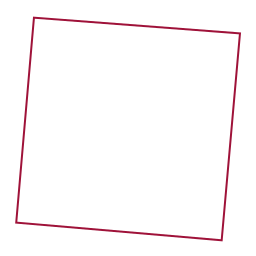 the district of King, Texas, United States of America, rotated 275°
{"feature_id": "52423323B16867264390271", "entity_name": "King", "entity_type": "district", "adm_level": 2, "iso_a3": "USA", "parent_name": "United States of America", "parent_adm1": "Texas", "projection": "robinson", "projection_center": [-100.265, 33.617], "detail": "fine", "context": "isolated", "style": "outline", "palette": "rose", "viewbox_px": 256, "rotation_deg": 275, "n_neighbors": 0, "source": "geoboundaries", "source_scale": "gbopen_adm2", "svg_char_len": 232}
<svg xmlns="http://www.w3.org/2000/svg" viewBox="0 0 256 256"><g transform="rotate(275 128 128)"><path d="M24.3,231.1L232.0,231.3L229.7,24.7L209.2,24.7L24.0,24.9L24.3,231.1Z" fill="none" stroke="#9f1239" stroke-width="2"/></g></svg>